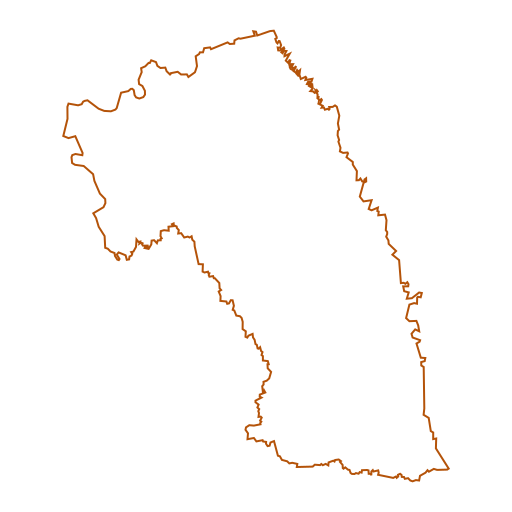 Comilla, Chittagong, Bangladesh (Robinson projection)
{"feature_id": "16705992B59490572634285", "entity_name": "Comilla", "entity_type": "district", "adm_level": 2, "iso_a3": "BGD", "parent_name": "Bangladesh", "parent_adm1": "Chittagong", "projection": "robinson", "projection_center": [90.953, 23.422], "detail": "fine", "context": "isolated", "style": "outline", "palette": "amber", "viewbox_px": 512, "rotation_deg": 0, "n_neighbors": 0, "source": "geoboundaries", "source_scale": "gbopen_adm2", "svg_char_len": 5967}
<svg xmlns="http://www.w3.org/2000/svg" viewBox="0 0 512 512"><path d="M121.1,92.7L116.7,108.1L115.4,109.6L110.9,111.3L104.2,110.9L98.6,108.7L87.5,100.3L84.6,100.9L83.1,101.7L81.7,104.2L78.1,105.3L68.5,103.6L67.4,106.8L67.5,118.9L63.3,136.0L68.5,138.1L75.3,136.2L82.6,153.0L82.3,155.2L75.5,154.0L72.3,155.1L71.5,157.2L72.1,163.0L75.0,164.8L83.7,166.0L93.1,174.2L94.4,180.9L99.9,193.6L105.2,199.1L105.4,203.1L103.5,207.2L93.3,213.3L96.1,218.1L98.7,226.8L104.6,236.1L105.2,247.8L107.8,248.7L110.5,251.5L114.5,253.0L115.0,256.0L117.3,259.6L118.8,260.1L119.5,259.0L116.8,254.6L118.6,252.4L125.6,255.3L126.8,259.8L129.1,259.4L129.5,256.5L131.5,255.6L132.3,253.8L131.2,252.1L133.4,251.6L136.0,246.9L136.5,239.4L138.5,242.0L140.1,241.6L139.5,243.6L141.1,242.6L142.6,243.3L142.1,244.5L143.0,245.7L147.7,245.6L147.9,246.7L145.3,246.7L144.6,248.0L148.6,248.9L151.3,244.4L151.6,240.6L154.1,240.2L156.9,243.2L157.8,240.4L160.7,240.3L160.6,238.8L161.7,238.3L160.5,236.2L160.8,231.1L164.0,230.2L168.7,230.7L168.5,226.7L173.1,226.2L171.9,224.2L173.6,223.4L173.8,225.3L176.7,226.5L176.8,227.9L178.8,230.1L178.2,233.5L181.2,233.2L184.2,237.5L187.8,236.6L189.6,237.5L191.6,236.3L192.3,239.7L194.4,241.7L194.7,246.3L198.6,264.1L202.9,264.3L202.6,271.6L204.5,272.5L208.0,271.7L208.3,273.0L209.4,273.3L208.7,275.0L209.4,276.7L213.1,276.1L213.8,278.2L214.8,278.2L219.3,283.0L219.6,288.3L221.1,290.0L218.7,291.5L220.6,296.1L220.4,300.9L226.4,301.5L227.2,303.8L229.0,303.4L230.8,300.2L232.6,300.3L233.9,305.8L232.7,309.8L234.3,310.5L236.3,315.6L239.9,316.2L241.6,317.9L242.7,321.8L242.6,329.1L245.8,331.3L245.5,336.8L247.3,337.6L248.4,335.7L252.6,333.9L253.0,337.4L254.6,339.8L255.5,344.1L256.8,344.8L257.6,348.4L258.6,348.7L260.1,347.2L261.1,351.0L262.5,352.1L261.5,355.0L262.9,356.1L262.9,360.5L267.8,361.1L268.7,364.2L267.5,364.3L267.7,368.3L271.1,371.9L269.2,378.4L266.7,380.7L263.5,381.8L263.6,384.5L262.2,386.2L262.9,392.1L264.2,392.2L264.4,390.9L265.3,392.5L259.8,394.6L259.7,396.6L261.5,397.6L255.5,400.6L255.5,402.3L258.6,404.6L257.4,407.5L259.2,409.1L258.3,411.2L259.0,413.0L258.5,416.9L260.7,416.6L261.7,417.6L260.1,420.7L261.3,421.7L260.2,423.1L260.5,424.3L253.9,425.6L249.3,425.2L246.0,427.4L245.5,429.8L248.0,433.3L247.5,439.2L253.9,438.0L256.4,441.4L262.6,440.2L263.1,441.5L266.1,441.9L266.0,443.7L267.6,446.1L269.6,445.7L270.5,442.5L274.0,441.1L277.9,455.7L279.9,456.3L281.9,459.9L287.2,461.3L289.3,463.4L292.2,462.8L297.3,463.9L296.8,467.0L312.7,466.6L314.8,464.7L320.1,465.1L321.3,464.0L322.8,465.2L325.7,463.9L328.3,465.4L328.6,462.4L333.3,460.7L334.5,461.5L335.1,460.0L338.7,459.5L340.9,461.1L340.0,461.9L342.6,464.9L342.8,468.1L343.5,468.7L345.3,467.4L348.0,469.7L349.5,469.9L350.6,473.0L351.9,473.9L354.5,474.0L355.9,473.1L358.6,473.7L359.7,472.1L361.6,472.6L362.0,470.2L367.1,470.0L368.5,470.4L368.7,473.8L370.7,473.8L371.3,475.3L371.4,471.5L372.8,470.1L373.5,471.5L378.2,470.4L378.7,472.7L378.1,474.8L393.2,477.9L396.0,476.5L396.7,477.8L398.2,476.5L398.0,474.8L400.1,473.8L401.5,474.9L401.8,476.9L404.0,477.0L404.8,478.8L408.1,478.2L410.3,480.5L412.6,481.3L415.9,480.1L419.1,480.5L420.0,475.8L425.5,472.7L427.5,470.2L428.9,471.7L433.8,468.9L437.1,469.9L447.2,469.6L448.7,468.6L435.9,448.4L436.2,438.5L433.2,439.1L433.2,432.5L430.8,431.1L428.7,417.9L423.6,414.8L424.3,408.5L423.7,367.0L421.3,365.5L421.2,362.1L424.7,361.1L425.3,358.0L420.8,357.7L416.5,343.5L419.6,341.7L420.1,340.2L412.6,337.5L411.5,333.8L415.2,329.4L419.2,331.3L418.2,325.4L416.4,320.9L409.4,321.2L406.1,318.1L409.4,304.6L414.1,303.1L417.0,303.7L417.2,297.5L417.9,296.8L420.7,297.3L421.8,293.0L419.1,292.5L411.9,298.2L406.8,298.7L408.7,292.4L404.2,291.2L403.2,286.4L408.2,286.3L408.5,284.2L407.3,282.2L405.4,283.8L403.7,282.8L400.9,283.1L399.1,260.1L392.4,254.7L396.1,251.0L388.7,243.9L388.4,240.4L386.2,236.7L387.2,234.0L387.2,232.0L385.8,230.2L386.5,220.2L385.0,214.6L378.3,215.3L378.7,211.6L377.3,211.0L377.9,207.6L371.6,210.3L368.7,209.0L371.6,200.2L363.5,201.4L359.8,196.6L363.6,182.8L366.2,181.5L366.1,178.3L364.5,179.5L364.8,180.7L363.3,181.4L362.2,181.4L360.4,178.5L358.9,180.2L356.5,180.3L356.9,171.1L352.8,164.6L352.8,162.0L346.5,157.2L348.0,153.4L347.5,152.5L343.1,152.9L339.9,151.4L340.5,147.8L338.4,141.6L339.1,140.0L337.6,135.3L337.9,131.0L339.1,129.6L337.9,123.5L339.3,115.7L336.8,106.7L335.0,105.4L332.7,106.9L329.2,107.0L329.6,108.9L328.9,109.7L327.6,108.8L324.9,109.7L323.9,107.5L321.6,107.7L322.7,105.8L318.4,103.7L318.7,103.0L320.1,103.7L321.9,100.0L321.3,99.1L319.0,100.9L319.2,99.7L318.3,99.0L318.7,96.0L317.4,98.9L317.6,94.3L316.5,92.9L317.8,91.4L316.8,90.1L316.3,90.9L315.4,90.2L315.9,92.1L314.7,92.9L313.0,91.4L310.4,91.1L312.7,88.5L312.4,85.9L311.6,87.5L309.0,86.0L309.6,85.1L311.4,85.4L311.9,84.3L309.9,82.6L308.7,84.5L306.9,84.1L308.1,81.8L311.5,81.5L312.4,78.8L305.4,80.0L306.3,77.7L305.6,76.8L300.8,79.0L299.6,75.2L298.3,75.8L296.9,74.2L299.5,73.8L300.0,70.2L298.4,71.7L297.1,70.0L296.7,70.8L297.4,72.0L296.6,73.1L293.6,71.1L296.2,66.2L294.4,67.8L292.8,67.8L292.3,69.8L290.6,68.9L290.0,67.7L291.7,66.8L293.1,64.1L291.3,64.1L289.7,66.3L289.2,64.3L290.3,60.5L289.5,60.2L288.0,62.7L285.8,60.6L289.7,53.7L284.5,56.2L284.5,54.6L286.4,51.0L284.0,50.7L282.5,53.2L281.3,52.2L284.3,48.5L283.8,47.5L279.7,50.5L278.2,50.4L277.7,47.5L280.1,47.9L281.1,45.1L279.6,41.1L278.8,41.0L277.5,43.4L276.5,42.4L275.3,38.9L276.7,38.1L276.7,37.0L273.8,30.7L270.0,31.1L257.2,35.5L256.0,31.7L253.3,31.3L254.8,35.7L240.5,38.7L238.6,38.3L234.5,40.4L234.2,43.7L229.8,44.0L227.6,42.4L211.0,49.2L210.1,47.4L204.2,48.2L203.0,52.3L199.9,52.3L199.1,54.0L195.7,56.3L197.0,66.1L195.5,70.7L194.9,72.3L188.4,77.0L186.9,74.4L181.1,74.5L177.7,71.8L170.7,73.2L170.1,73.7L170.6,75.1L166.6,71.2L165.3,67.6L160.5,68.0L157.4,65.9L156.0,62.1L151.2,60.3L149.8,63.0L148.6,62.9L145.3,66.3L141.1,68.2L141.7,72.1L138.6,79.7L139.1,84.1L142.4,86.0L144.9,90.8L145.0,94.6L143.3,97.1L139.3,98.5L136.1,97.4L134.6,95.1L133.8,90.2L132.3,88.8L130.8,88.9L128.3,91.1L121.1,92.7Z" fill="none" stroke="#b45309" stroke-width="2"/></svg>